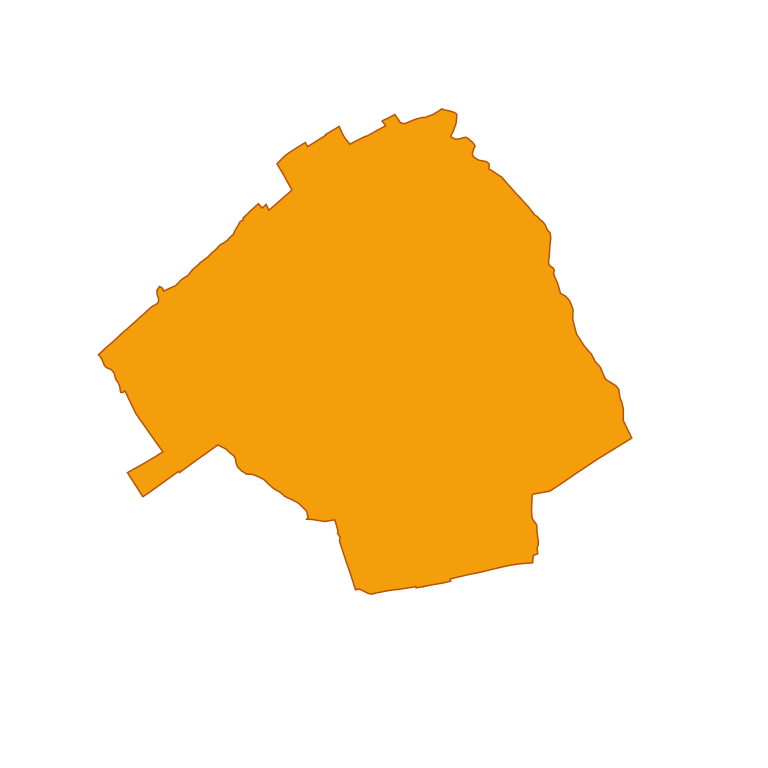 Heiloo, Noord-Holland, Netherlands (orthographic projection), rotated 133°
{"feature_id": "6326949B43926966977356", "entity_name": "Heiloo", "entity_type": "district", "adm_level": 2, "iso_a3": "NLD", "parent_name": "Netherlands", "parent_adm1": "Noord-Holland", "projection": "orthographic", "projection_center": [4.712, 52.602], "detail": "fine", "context": "isolated", "style": "filled", "palette": "amber", "viewbox_px": 768, "rotation_deg": 133, "n_neighbors": 0, "source": "geoboundaries", "source_scale": "gbopen_adm2", "svg_char_len": 6171}
<svg xmlns="http://www.w3.org/2000/svg" viewBox="0 0 768 768"><g transform="rotate(133 384 384)"><path d="M403.4,155.7L399.4,160.3L396.8,161.3L394.1,163.5L388.2,170.8L383.0,176.1L382.6,177.5L381.5,183.1L381.0,184.2L379.9,185.6L376.3,189.4L372.7,192.6L364.7,199.4L363.9,199.8L363.3,199.9L362.7,199.7L349.7,189.9L349.1,189.6L333.9,185.9L321.7,183.3L293.8,176.7L254.6,165.9L247.7,183.6L246.9,184.7L239.7,191.3L238.7,192.3L235.8,196.7L234.7,198.5L233.4,201.6L232.6,202.7L228.2,208.2L227.8,209.1L227.4,210.4L227.2,212.8L227.3,214.2L229.3,224.4L229.2,225.6L228.8,226.8L224.4,236.7L224.0,238.3L223.8,240.9L223.7,243.5L223.4,245.0L220.6,253.0L220.5,254.8L219.7,263.1L219.3,264.7L216.4,276.4L215.8,277.8L209.2,288.2L208.2,289.7L206.9,291.1L203.2,294.3L201.0,296.0L200.5,296.8L198.7,300.2L196.8,304.4L196.2,307.5L196.0,311.1L196.3,312.7L197.2,315.8L197.2,316.5L197.0,317.4L195.9,319.0L192.1,325.5L188.1,334.6L187.7,335.1L187.1,335.6L185.5,336.4L185.1,336.7L184.4,337.7L184.1,338.4L183.9,339.1L183.9,339.8L184.4,343.0L184.4,343.9L184.1,344.6L182.7,346.8L181.4,347.8L178.8,349.6L172.3,354.8L169.6,357.1L163.7,361.4L162.8,362.3L161.4,364.2L160.4,365.1L160.0,366.9L160.0,367.7L160.0,368.4L159.9,369.0L159.8,369.6L158.9,372.0L158.2,373.4L157.9,374.0L157.7,374.6L157.2,377.6L157.1,378.9L157.0,379.6L157.3,380.9L157.4,383.0L157.2,384.1L157.0,385.9L157.4,387.7L157.5,388.9L157.0,392.7L156.0,398.8L155.7,402.5L155.3,407.6L155.0,410.4L154.5,418.6L153.9,424.2L153.3,431.7L152.8,434.8L152.5,438.3L152.4,439.1L152.5,439.7L153.0,442.0L154.2,449.7L155.2,453.9L155.2,454.1L152.5,456.1L151.4,457.1L151.3,457.4L151.5,460.5L151.6,461.0L155.4,466.9L155.8,467.8L156.2,469.6L156.8,473.2L156.7,473.8L156.3,474.9L155.8,475.9L155.4,476.4L154.5,476.9L153.2,477.5L151.1,478.7L147.9,479.5L147.3,481.4L146.9,483.4L146.9,485.3L147.1,488.7L147.4,491.2L147.5,492.0L147.8,492.4L148.1,492.8L149.4,493.6L153.1,496.0L155.6,498.1L156.1,498.6L157.5,502.9L157.6,503.5L156.9,504.0L155.7,504.7L154.8,505.1L152.8,505.4L147.7,507.5L144.9,508.7L143.1,509.8L140.3,512.0L137.3,514.5L137.1,515.1L137.3,516.9L138.1,519.4L139.8,522.6L142.5,527.0L143.3,529.3L144.7,529.6L153.3,531.9L156.6,533.6L160.7,535.5L163.1,537.9L164.9,539.1L167.6,540.8L171.1,542.6L179.6,546.5L180.2,547.4L181.5,549.9L181.6,550.3L181.0,552.8L180.6,554.6L180.5,555.5L180.1,557.4L179.7,558.9L179.4,559.9L183.9,561.3L188.2,562.9L189.7,563.6L192.5,564.7L192.8,564.7L193.2,564.3L193.4,561.6L194.0,559.4L194.2,558.9L194.4,559.0L202.2,561.7L213.1,565.1L215.9,566.3L215.7,566.6L226.6,570.7L228.8,571.4L231.8,572.4L231.0,578.9L230.7,580.7L229.8,583.6L229.0,585.8L228.1,587.9L226.1,592.4L241.5,596.9L241.7,596.2L262.4,601.7L261.1,606.3L276.5,610.4L282.2,611.7L284.3,612.0L286.1,612.2L296.0,612.4L298.9,602.3L298.7,601.9L298.9,601.0L299.3,601.0L300.4,597.3L301.3,594.7L304.9,583.6L327.1,585.8L335.4,586.7L333.8,590.9L333.0,592.6L334.5,592.7L338.3,593.0L337.8,598.8L348.2,599.7L358.5,600.3L358.8,600.2L359.6,599.0L359.8,598.8L360.6,599.0L362.7,599.8L363.7,599.9L367.5,598.9L374.3,597.4L375.5,597.0L375.7,596.8L375.8,596.6L376.2,596.3L377.6,596.3L380.2,596.5L383.6,596.7L385.1,596.5L386.3,596.7L390.2,597.5L390.8,597.7L393.4,598.7L397.3,598.8L399.6,598.6L403.5,599.1L404.7,599.4L410.5,599.4L412.4,599.6L415.2,600.2L417.3,600.5L419.0,600.9L420.8,601.3L422.1,601.1L423.0,601.1L430.0,601.9L431.2,601.9L434.4,601.8L438.5,601.4L441.8,602.4L443.0,602.6L443.3,602.8L444.4,603.0L447.1,603.4L451.1,603.3L452.6,603.5L454.2,603.5L454.8,603.7L455.3,603.8L456.5,604.5L460.9,606.4L463.6,607.4L466.0,608.4L466.2,608.7L466.3,609.0L465.3,610.5L465.2,611.1L465.2,611.5L465.2,611.8L465.3,613.0L465.8,614.7L470.6,613.8L472.9,611.4L473.5,610.5L475.2,607.4L476.1,606.4L477.6,605.1L478.3,604.8L479.2,604.8L480.1,604.8L482.3,605.3L484.8,606.4L488.5,606.9L489.6,606.9L492.4,607.3L493.8,607.2L499.3,607.7L501.3,608.0L508.4,608.5L512.4,608.9L518.2,609.4L526.0,610.3L530.6,610.5L539.7,611.2L547.2,612.1L557.4,612.8L557.6,609.6L558.1,608.4L558.3,607.3L559.5,604.4L560.0,603.6L560.2,603.0L561.1,601.2L561.3,600.1L561.3,599.2L561.1,597.6L560.8,596.7L559.7,593.9L559.6,592.8L559.6,591.6L560.0,589.3L560.1,588.8L560.3,588.3L562.7,584.8L563.4,583.5L563.6,583.0L563.8,582.1L564.0,580.7L564.4,579.3L565.1,577.5L566.2,575.5L566.7,574.9L567.0,574.4L568.1,573.1L569.4,571.3L569.7,570.5L568.1,569.3L567.6,569.0L567.0,568.9L566.1,568.9L565.7,568.7L571.5,554.1L574.9,545.3L581.8,512.6L584.4,499.5L589.1,500.6L593.2,501.7L606.6,505.7L618.6,509.5L623.8,511.2L630.9,483.5L623.9,481.8L619.9,481.0L588.1,474.7L588.4,473.2L566.1,468.9L556.8,466.9L542.0,464.0L540.0,457.5L539.6,455.8L539.3,454.7L539.2,453.7L539.4,452.2L539.5,451.2L539.4,449.8L539.0,445.0L539.1,444.3L539.6,442.9L539.8,442.1L540.1,441.2L540.4,440.9L541.4,440.2L542.7,438.2L544.2,435.2L544.5,434.3L544.6,432.8L544.6,431.8L544.6,430.8L544.8,428.7L544.7,428.1L544.3,427.0L544.1,426.0L543.8,425.0L543.9,424.0L543.8,423.4L543.6,422.9L541.4,420.6L540.5,419.4L539.6,417.9L539.0,416.8L536.2,408.3L535.8,406.4L535.8,404.5L535.9,403.1L536.0,399.8L535.7,393.5L535.4,391.5L534.8,389.1L534.5,387.9L534.2,386.6L534.0,385.4L533.8,382.7L534.0,380.8L533.9,380.1L533.1,377.7L532.9,376.5L532.4,375.2L531.6,373.3L531.2,371.9L530.0,367.3L529.5,364.6L529.6,360.5L529.7,355.5L529.8,354.0L530.0,353.1L530.3,352.5L530.7,352.1L531.7,351.5L532.0,351.1L532.1,350.7L532.6,348.9L534.2,348.5L535.6,348.3L533.2,345.5L532.3,344.4L525.4,334.2L524.8,333.4L524.1,332.8L517.0,327.5L520.0,322.0L523.1,317.2L525.0,316.1L525.2,315.6L525.1,314.7L525.2,314.2L525.8,313.0L525.8,312.7L525.7,312.2L525.8,311.9L526.0,311.6L526.6,311.2L528.0,310.5L528.8,309.9L529.4,309.1L539.2,291.5L544.3,281.7L548.7,273.8L554.0,264.5L552.0,263.3L551.3,262.6L550.7,261.8L550.3,260.9L548.3,254.0L548.1,253.2L547.7,252.3L546.9,250.8L545.8,249.4L541.5,246.9L541.1,246.3L536.2,242.9L532.7,240.3L527.6,236.2L523.3,232.5L517.6,228.0L510.9,222.9L511.1,222.7L510.5,222.2L511.1,221.4L505.3,217.1L505.5,216.9L505.0,216.6L504.5,216.5L497.3,211.3L489.8,205.5L483.2,201.1L482.6,200.8L481.5,202.6L478.0,200.4L466.5,192.7L461.0,188.7L454.7,184.3L444.5,177.7L434.9,171.2L430.0,167.7L423.2,162.3L418.0,157.6L413.4,153.3L410.5,155.7L409.1,156.7L407.2,157.8L403.4,155.7Z" fill="#f59e0b" stroke="#b45309" stroke-width="1.5"/></g></svg>